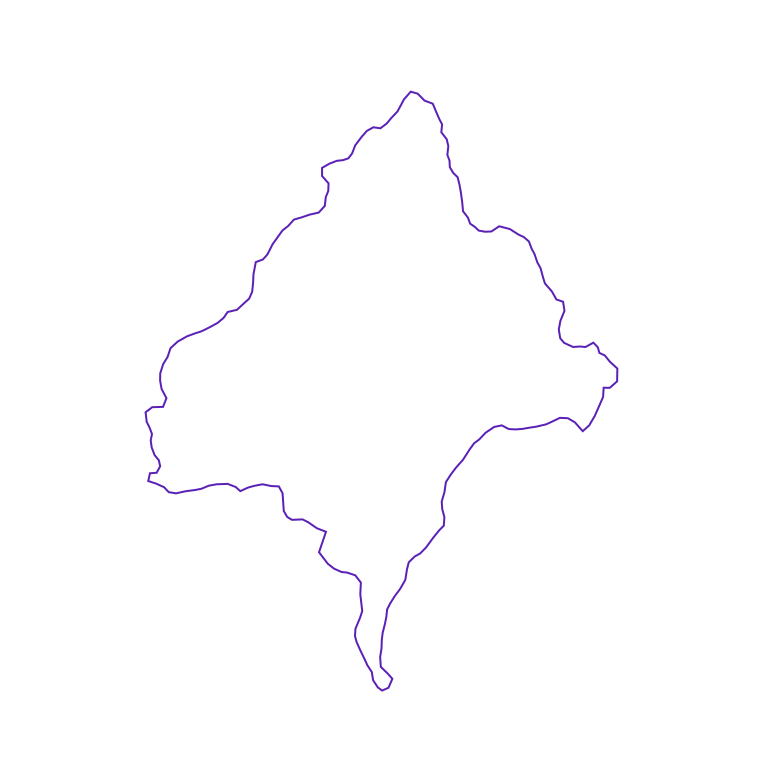 the district of Tabapuã, São Paulo, Brazil, rotated 27°
{"feature_id": "56859067B57595974254301", "entity_name": "Tabapuã", "entity_type": "district", "adm_level": 2, "iso_a3": "BRA", "parent_name": "Brazil", "parent_adm1": "São Paulo", "projection": "natural_earth1", "projection_center": [-49.021, -20.938], "detail": "fine", "context": "isolated", "style": "outline", "palette": "violet", "viewbox_px": 768, "rotation_deg": 27, "n_neighbors": 0, "source": "geoboundaries", "source_scale": "gbopen_adm2", "svg_char_len": 2841}
<svg xmlns="http://www.w3.org/2000/svg" viewBox="0 0 768 768"><g transform="rotate(27 384 384)"><path d="M511.6,236.9L506.2,229.4L499.2,230.4L491.7,225.4L486.6,223.3L481.7,221.3L477.5,217.0L470.9,209.7L465.5,206.1L458.9,199.7L454.3,196.6L448.4,191.2L441.8,189.6L435.9,189.8L425.7,188.8L415.0,191.2L410.5,199.3L405.0,202.4L398.8,204.3L393.7,202.8L387.9,202.0L383.2,197.6L376.0,194.2L371.2,186.6L365.8,178.8L360.9,172.3L355.7,166.3L349.8,164.5L344.2,160.9L341.0,155.3L336.4,151.0L333.3,142.8L328.7,137.4L320.8,133.7L317.9,126.3L313.1,122.9L307.6,118.4L300.2,112.1L291.4,113.1L282.2,110.0L275.1,111.4L272.6,121.2L272.3,135.0L269.7,143.8L268.2,150.6L264.7,157.8L258.0,160.1L253.8,166.3L251.8,174.3L250.0,184.4L250.9,193.0L249.8,199.1L245.8,203.2L240.7,206.5L235.3,212.5L230.7,219.6L234.4,226.8L243.5,230.4L246.7,237.3L247.3,244.0L250.4,252.1L248.0,260.9L241.0,266.7L235.1,272.8L229.1,278.4L226.9,286.6L223.8,293.4L222.5,302.1L221.3,309.7L221.3,321.4L219.6,328.0L214.4,333.6L218.0,345.8L221.1,352.5L224.7,361.7L225.1,369.2L222.4,376.2L219.3,384.7L212.0,390.8L211.1,397.8L208.0,405.1L204.2,410.7L200.5,415.9L196.9,420.5L192.6,424.7L186.8,431.0L180.9,439.9L177.5,449.0L178.9,458.1L178.2,466.6L179.8,476.1L182.9,482.5L188.0,489.3L196.6,495.4L197.5,504.7L188.0,509.9L184.4,517.4L189.7,525.4L194.8,529.2L200.0,533.9L201.7,540.1L205.9,546.1L211.9,551.5L218.0,554.2L221.9,558.9L221.7,566.3L216.0,569.8L218.0,577.5L226.2,576.2L235.0,575.8L241.3,578.1L248.4,575.8L255.8,569.7L263.7,564.3L268.9,560.2L274.0,554.2L280.3,549.4L290.0,544.0L298.6,543.1L304.6,544.7L309.7,538.2L314.8,533.5L321.3,528.5L329.9,526.1L336.8,523.0L343.2,527.4L352.4,542.7L358.1,546.4L363.7,546.8L372.9,541.6L379.4,541.6L389.7,543.0L399.4,542.0L402.5,563.4L410.2,567.1L415.6,569.7L423.3,571.2L431.5,570.8L436.6,568.8L445.2,567.5L453.5,571.4L458.4,582.2L467.7,596.2L468.8,603.3L469.7,615.1L472.6,621.8L476.9,626.5L483.9,632.1L491.0,637.5L496.8,642.1L503.9,646.2L508.8,652.9L516.2,657.1L521.5,658.0L525.9,652.6L525.3,642.9L519.0,640.4L509.6,637.5L504.5,629.0L501.9,620.9L497.9,612.3L495.7,606.0L493.7,597.1L491.7,590.1L489.1,583.3L489.1,576.8L489.9,568.0L491.4,559.3L491.9,548.8L488.6,538.6L487.0,531.6L489.7,523.7L493.1,518.7L495.7,510.5L497.6,498.8L499.6,489.3L501.6,483.1L498.3,475.3L492.6,468.9L488.8,462.5L487.0,453.1L483.7,443.3L484.6,434.5L486.1,425.9L488.8,415.5L490.0,403.4L491.2,395.9L494.0,390.2L496.6,381.4L501.6,372.3L507.7,367.4L515.6,367.5L521.9,364.7L527.8,361.1L533.0,357.2L539.0,352.9L546.7,346.4L550.7,341.4L556.1,334.3L563.4,331.0L571.5,331.5L582.5,335.8L585.6,327.8L586.3,317.0L585.8,307.7L585.1,296.1L581.4,287.6L586.9,284.9L590.5,275.8L584.9,264.3L574.9,261.5L567.8,258.3L561.8,258.5L557.8,254.2L551.8,252.1L546.7,259.6L541.8,261.5L535.6,265.2L525.9,265.6L520.3,263.3L515.0,256.1L512.5,247.7L511.6,236.9Z" fill="none" stroke="#5b21b6" stroke-width="2"/></g></svg>